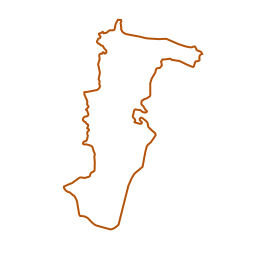 Hamah, Albers equal-area conic projection, rotated 105°
{"feature_id": "SYR-138", "entity_name": "Hamah", "entity_type": "Province", "adm_level": 1, "iso_a3": "SYR", "parent_name": "Syria", "parent_adm1": "", "projection": "albers", "projection_center": [37.023, 35.303], "detail": "fine", "context": "isolated", "style": "outline", "palette": "amber", "viewbox_px": 256, "rotation_deg": 105, "n_neighbors": 0, "source": "natural_earth", "source_scale": "10m", "svg_char_len": 5799}
<svg xmlns="http://www.w3.org/2000/svg" viewBox="0 0 256 256"><g transform="rotate(105 128 128)"><path d="M127.8,99.4L135.8,102.2L139.2,104.5L140.1,104.9L140.7,105.1L146.2,105.1L161.7,103.9L169.9,109.6L171.5,110.3L175.7,111.5L183.7,112.7L224.0,112.1L227.8,114.9L228.9,116.1L230.4,118.3L230.5,120.3L230.4,133.2L230.0,135.1L229.0,137.5L228.1,139.2L225.9,142.7L225.5,143.5L225.1,144.7L224.9,145.7L224.7,146.7L224.7,147.6L225.3,151.5L224.9,152.0L224.3,152.7L211.8,158.4L210.3,159.6L207.7,162.1L207.3,162.6L207.2,163.8L207.1,164.0L206.9,164.4L206.4,165.1L205.8,166.5L205.3,167.5L205.2,167.8L205.3,169.0L205.3,169.5L205.2,169.9L205.0,170.5L204.9,170.7L204.7,171.2L204.6,171.7L204.4,172.1L202.6,174.2L201.7,174.6L201.4,174.7L201.1,174.7L200.6,174.1L196.8,169.4L196.0,168.1L195.3,167.5L189.9,163.1L189.4,162.8L188.6,162.0L188.3,161.6L188.1,161.2L187.8,159.7L187.7,158.5L187.6,157.8L187.1,156.2L186.9,155.8L186.3,155.1L185.8,154.0L185.5,153.5L185.0,152.9L184.9,152.8L184.4,152.5L184.0,152.4L182.1,152.4L181.6,152.3L181.2,152.2L180.9,152.0L180.4,151.7L179.3,150.4L178.7,149.9L178.1,149.5L177.9,149.4L177.6,149.4L177.2,149.4L169.4,151.3L165.0,152.9L163.7,153.2L163.3,153.2L162.4,153.1L161.9,153.3L161.3,153.6L158.4,155.8L156.5,156.8L155.9,157.2L155.3,157.8L154.9,158.7L154.8,159.1L154.6,160.7L154.6,163.7L154.7,164.2L155.1,165.6L155.2,166.0L155.2,166.5L155.1,166.9L155.0,167.2L154.6,167.5L154.3,167.5L154.0,167.5L153.2,167.4L152.6,167.1L152.3,166.6L151.4,165.2L151.1,164.9L150.7,164.8L150.2,164.7L149.1,164.8L148.4,164.6L147.9,164.6L146.6,164.8L146.1,164.8L145.7,164.9L145.3,165.1L144.4,165.7L143.9,166.0L143.2,166.2L142.3,166.1L141.6,165.9L140.7,165.2L140.3,165.1L140.0,165.2L139.6,165.4L139.2,166.0L139.0,166.4L139.0,166.7L138.9,167.2L138.8,167.4L138.5,167.4L137.0,167.1L136.0,167.1L135.7,167.1L135.2,167.4L134.9,167.9L134.8,168.2L134.6,169.1L134.5,169.3L133.7,170.1L133.4,170.4L133.4,170.6L133.0,172.1L132.8,172.6L132.7,172.8L132.2,173.3L131.6,173.8L131.3,173.9L130.9,173.9L129.8,173.6L128.9,173.2L128.6,173.0L128.5,172.9L128.2,172.6L127.9,171.9L127.5,170.9L127.4,170.7L127.0,170.3L126.4,169.9L126.0,169.8L125.2,169.7L124.7,170.0L122.5,171.5L121.9,172.0L121.6,172.4L121.4,173.1L121.1,173.3L120.4,172.8L119.6,172.5L119.1,172.2L118.6,171.9L118.2,171.8L117.5,171.7L117.3,171.9L116.9,172.2L115.9,173.5L115.6,173.7L115.1,173.8L113.5,174.0L112.7,174.2L112.1,174.6L107.3,178.5L106.8,178.8L104.8,179.5L102.5,174.2L99.5,168.2L99.0,167.5L97.6,166.4L96.4,166.0L95.4,165.8L94.8,166.0L94.2,166.2L92.8,167.1L92.4,167.3L92.0,167.3L91.1,167.3L90.5,167.5L89.9,167.7L88.7,168.9L88.3,169.0L85.3,169.3L84.8,169.2L84.1,169.2L83.2,169.4L82.9,169.4L82.6,169.4L81.5,169.6L74.1,173.4L69.4,173.2L67.3,173.7L66.1,174.4L65.5,174.6L65.1,174.6L64.6,174.5L63.7,174.1L63.4,173.8L63.2,173.5L63.2,172.7L63.0,172.4L62.7,172.1L62.3,172.0L61.6,172.0L61.4,171.9L61.3,171.3L61.3,171.1L61.4,170.9L62.0,170.1L62.1,169.7L62.0,169.3L61.8,169.0L61.3,168.7L61.0,168.5L60.3,168.5L59.4,168.7L59.0,169.0L58.2,170.0L57.5,171.3L55.1,173.8L55.1,174.8L55.2,175.5L55.1,175.8L54.9,176.2L54.4,176.8L54.2,177.2L54.1,177.5L54.1,178.5L54.1,178.8L53.9,179.0L53.2,179.8L53.0,180.2L52.5,180.3L52.2,180.4L49.3,179.7L48.6,178.6L48.3,178.4L48.0,178.2L47.3,178.2L46.9,178.2L46.7,178.3L46.4,178.6L45.3,180.1L45.0,180.4L44.7,180.5L44.3,180.3L43.9,179.8L43.0,178.5L42.6,178.0L42.3,177.8L42.1,177.7L41.7,177.6L41.7,177.4L41.8,177.1L42.4,176.3L42.8,176.0L42.7,175.6L42.1,174.6L41.8,173.8L41.3,173.2L38.9,171.5L38.5,171.1L38.3,170.8L38.1,170.0L37.7,168.4L37.1,167.0L36.6,166.7L35.7,166.5L32.1,166.8L30.5,166.8L26.1,165.8L25.5,162.7L26.5,162.1L27.4,162.1L28.3,162.3L28.7,162.3L29.1,162.2L29.4,162.0L30.0,161.5L30.3,161.4L30.7,161.3L31.6,161.1L31.9,161.0L32.5,160.5L32.9,160.4L34.3,160.3L34.6,160.1L35.3,159.3L35.6,159.0L36.3,158.6L36.6,158.2L36.9,157.5L37.7,154.8L37.7,153.1L36.7,139.4L36.7,137.2L36.5,132.7L34.1,120.9L32.6,116.4L32.0,114.2L32.0,113.8L33.9,101.0L34.3,93.3L34.1,89.7L33.9,88.4L33.6,87.6L33.3,86.9L32.2,85.4L32.0,85.0L32.1,84.5L32.4,83.9L33.3,83.0L34.8,82.0L35.0,81.5L35.2,80.7L35.4,77.8L35.8,76.8L37.3,75.5L37.8,76.3L38.0,76.5L38.8,77.1L39.5,77.4L40.2,77.5L41.4,77.3L42.5,77.0L43.2,76.6L43.6,76.5L44.0,76.5L44.4,76.7L44.7,77.0L45.3,77.7L45.7,78.6L45.9,79.4L46.1,79.8L47.3,80.2L51.4,80.3L52.1,80.8L52.2,82.2L51.6,87.3L50.3,93.6L50.0,95.6L50.8,103.5L50.6,104.1L50.4,104.5L50.2,104.8L50.1,105.2L52.2,109.9L52.6,111.9L53.2,112.6L55.3,113.2L58.5,111.6L59.0,111.5L59.6,111.8L61.3,112.6L61.6,112.8L61.8,113.1L62.2,113.8L62.4,114.6L62.7,115.2L63.0,115.5L63.3,115.8L63.7,115.9L64.1,116.0L65.1,116.1L66.9,116.0L67.8,116.1L74.1,117.9L79.0,118.1L90.4,115.0L91.3,115.0L91.7,115.1L92.0,115.3L94.8,117.9L95.2,118.5L95.3,118.9L95.7,119.6L96.0,119.9L96.3,120.1L97.3,120.7L97.5,121.0L97.7,121.3L97.9,121.6L98.3,121.8L98.9,121.8L99.9,121.6L100.6,121.5L101.2,121.3L101.8,120.9L103.4,118.4L105.5,116.3L105.8,115.9L106.6,114.5L106.9,114.2L107.2,114.0L107.6,114.1L108.0,114.3L108.2,114.6L108.5,115.3L108.7,115.7L108.7,116.1L108.8,117.0L108.7,118.0L108.6,118.4L107.7,120.3L107.6,120.8L107.6,121.7L108.0,123.3L108.0,123.8L108.0,125.2L108.1,125.6L108.3,125.9L108.6,126.2L108.9,126.4L109.3,126.5L109.8,126.6L110.7,126.6L112.8,126.4L114.8,126.5L115.3,126.4L115.8,126.2L116.2,126.0L116.5,125.7L117.3,124.3L117.8,123.6L118.4,123.2L118.8,123.0L119.2,123.0L119.6,123.0L120.4,123.3L120.7,123.2L120.8,122.9L120.9,118.1L120.8,117.2L120.6,116.8L120.5,116.5L120.2,116.2L119.9,116.0L119.5,116.0L119.1,116.0L118.8,116.3L118.3,116.9L117.8,118.0L117.6,118.3L117.3,118.6L117.0,118.8L116.6,118.9L116.2,118.9L115.7,118.9L115.3,118.7L115.0,118.5L114.8,118.2L114.6,117.8L114.6,117.4L114.7,116.9L114.9,116.1L116.7,112.1L117.2,111.3L117.8,110.7L119.0,109.9L120.9,109.1L121.6,108.7L122.2,107.9L124.5,103.7L125.5,101.3L125.8,100.8L126.0,100.4L127.8,99.4Z" fill="none" stroke="#b45309" stroke-width="2"/></g></svg>